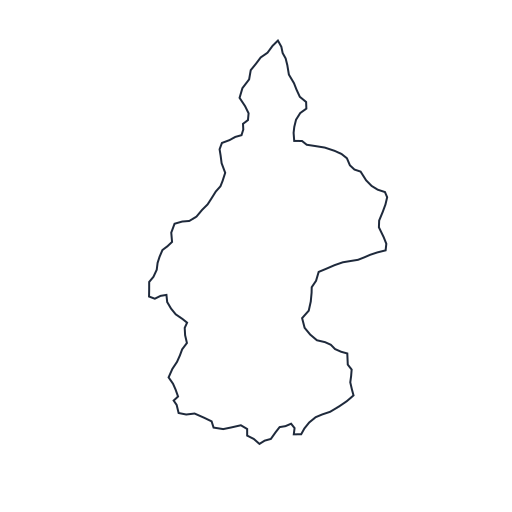 Caetanópolis, Minas Gerais, Brazil, rotated 241°
{"feature_id": "56859067B14008034033738", "entity_name": "Caetanópolis", "entity_type": "district", "adm_level": 2, "iso_a3": "BRA", "parent_name": "Brazil", "parent_adm1": "Minas Gerais", "projection": "albers", "projection_center": [-44.4, -19.341], "detail": "fine", "context": "isolated", "style": "outline", "palette": "slate", "viewbox_px": 512, "rotation_deg": 241, "n_neighbors": 0, "source": "geoboundaries", "source_scale": "gbopen_adm2", "svg_char_len": 2077}
<svg xmlns="http://www.w3.org/2000/svg" viewBox="0 0 512 512"><g transform="rotate(241 256 256)"><path d="M433.8,379.6L431.8,372.4L428.2,364.6L427.4,356.4L424.1,349.0L421.1,341.5L413.8,335.6L409.4,325.5L402.3,318.3L392.3,319.1L384.4,318.7L378.8,314.9L377.9,308.7L372.8,306.2L368.7,301.9L370.2,295.6L370.2,289.0L371.4,281.0L367.0,275.9L360.9,273.7L353.8,270.9L343.7,269.4L337.8,263.1L334.2,258.7L331.9,252.1L327.8,244.7L324.6,238.7L322.5,231.3L319.3,223.0L319.0,214.6L321.9,208.2L323.7,200.4L317.5,193.2L309.0,189.4L307.5,183.5L306.6,177.1L302.1,171.3L297.7,166.6L292.1,162.5L287.5,156.2L285.1,150.0L278.3,146.2L272.4,142.8L267.7,146.8L267.4,153.2L265.4,158.8L258.8,156.0L251.2,156.2L243.9,157.5L236.5,161.2L231.1,163.4L227.7,158.8L221.1,155.6L213.4,153.4L210.2,146.2L205.9,141.2L201.7,135.6L197.8,128.1L192.2,120.7L184.5,121.5L178.1,120.9L170.9,119.7L169.5,113.9L164.2,114.4L156.2,112.2L151.2,118.1L148.0,125.9L139.7,132.2L132.9,137.0L126.5,135.7L120.5,143.4L118.0,151.4L115.3,160.7L109.0,164.4L103.2,161.2L97.0,165.4L90.0,167.9L90.3,174.1L88.8,180.3L92.4,187.8L94.9,193.7L92.9,199.3L92.3,205.4L86.8,206.3L81.7,202.6L78.2,209.1L81.7,214.7L84.6,221.8L86.1,230.0L85.3,237.2L83.8,245.3L84.2,256.3L85.0,265.0L86.8,273.7L93.2,275.3L99.8,277.2L104.9,281.0L110.3,284.6L116.5,283.6L126.5,288.6L131.0,284.0L136.3,280.0L142.1,278.4L147.2,274.6L152.8,268.4L161.0,265.3L169.6,263.7L179.3,266.2L182.6,275.6L189.6,281.8L196.9,286.8L201.7,289.6L205.2,296.5L211.7,303.1L210.8,311.1L209.9,320.3L208.4,328.9L205.8,336.2L203.2,343.4L202.3,350.2L201.7,356.5L200.3,363.9L198.1,372.1L203.5,375.9L210.5,376.8L216.1,377.1L221.5,377.4L227.3,380.9L233.2,388.3L238.3,394.2L243.8,399.2L249.4,399.8L255.0,394.6L261.2,391.1L268.8,389.0L279.1,388.4L283.9,384.0L289.8,382.1L297.4,382.9L303.7,380.3L309.9,375.7L317.5,368.7L323.7,360.8L328.7,354.3L334.3,352.0L338.1,345.2L345.5,348.6L350.4,352.1L355.8,357.1L359.6,364.0L360.5,371.5L366.4,374.5L374.0,371.5L382.0,372.1L388.7,373.0L398.7,372.7L407.7,375.9L414.4,377.7L420.6,377.7L426.7,379.6L433.8,379.6Z" fill="none" stroke="#1e293b" stroke-width="2"/></g></svg>